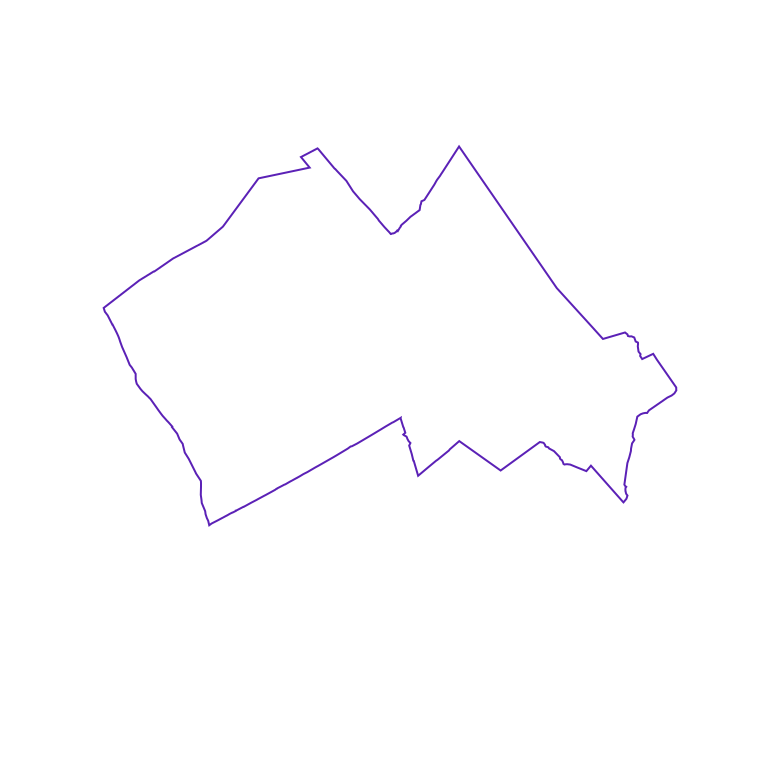 Santo Domingo Ingenio, Oaxaca, Mexico (Albers equal-area conic projection), rotated 44°
{"feature_id": "50627088B8466826145591", "entity_name": "Santo Domingo Ingenio", "entity_type": "district", "adm_level": 2, "iso_a3": "MEX", "parent_name": "Mexico", "parent_adm1": "Oaxaca", "projection": "albers", "projection_center": [-94.713, 16.571], "detail": "fine", "context": "isolated", "style": "outline", "palette": "violet", "viewbox_px": 768, "rotation_deg": 44, "n_neighbors": 0, "source": "geoboundaries", "source_scale": "gbopen_adm2", "svg_char_len": 3537}
<svg xmlns="http://www.w3.org/2000/svg" viewBox="0 0 768 768"><g transform="rotate(44 384 384)"><path d="M593.4,222.1L592.9,218.9L597.3,196.9L598.9,192.5L599.4,189.1L598.7,185.5L598.3,185.2L596.6,183.5L581.0,180.4L563.7,177.0L556.7,175.3L552.4,186.7L548.8,185.9L548.3,185.2L547.8,184.3L545.4,184.0L544.6,183.9L540.4,180.6L538.9,178.7L537.9,177.8L535.5,178.6L531.7,176.7L528.9,177.8L527.6,179.2L526.1,180.0L524.7,179.2L521.6,179.5L510.2,199.5L491.1,198.2L441.7,195.0L291.3,164.7L273.0,161.0L279.0,191.7L279.3,193.5L279.7,195.2L280.3,200.0L280.6,201.5L281.7,205.6L282.6,210.2L285.2,223.5L284.9,224.4L284.0,226.5L285.7,229.2L285.8,229.9L288.8,234.1L287.0,244.8L286.9,245.0L286.7,251.0L286.1,257.2L286.2,258.5L286.5,258.7L286.7,259.2L286.8,260.5L287.7,264.4L286.9,264.4L287.0,265.8L286.7,268.0L285.9,269.5L285.3,270.0L285.0,271.0L284.7,271.4L281.7,271.1L281.1,271.1L280.9,271.1L275.3,270.8L275.2,270.8L266.8,270.0L264.9,269.5L260.6,269.1L252.7,268.3L238.1,267.9L227.9,266.9L215.8,264.0L202.3,263.4L199.4,263.2L199.0,263.4L173.8,260.7L172.5,260.7L166.6,278.4L180.2,280.0L150.9,323.2L158.7,381.8L158.8,382.9L156.8,404.3L145.1,440.2L140.6,462.7L140.2,463.0L136.0,479.4L129.5,524.0L133.0,525.9L137.6,526.6L147.4,530.0L147.5,529.8L153.6,531.9L156.9,533.1L159.9,534.3L162.4,535.5L164.8,536.8L169.9,539.3L180.2,543.5L187.8,546.9L191.0,547.3L198.3,549.2L198.4,549.3L201.9,552.9L203.7,554.2L206.0,555.6L212.2,556.7L215.2,557.0L219.5,557.0L223.3,556.9L224.1,557.0L226.4,557.0L237.1,559.0L239.6,559.5L244.3,560.3L247.0,560.7L251.2,561.0L253.3,561.2L254.5,561.2L256.3,561.3L261.3,561.7L261.4,562.3L269.7,563.4L275.5,565.9L280.8,566.9L282.1,567.8L288.3,571.7L295.6,573.5L310.4,578.7L310.7,578.9L319.6,580.9L321.2,582.4L323.8,585.1L329.2,591.0L333.4,594.3L335.6,596.2L343.7,599.7L346.1,601.6L349.7,603.5L352.5,604.5L356.4,607.0L356.9,604.1L359.1,597.7L363.0,585.6L363.0,585.3L364.2,581.8L364.4,581.7L364.6,581.1L365.6,578.2L365.4,578.0L365.6,577.8L366.8,574.2L368.2,570.0L368.4,569.9L370.9,561.8L372.5,557.0L372.7,556.4L372.9,555.8L373.3,554.4L375.7,546.9L375.8,546.7L378.2,539.0L379.3,535.4L379.3,534.9L379.5,534.1L379.8,533.4L379.7,533.2L381.0,529.4L381.8,527.0L382.0,526.3L382.4,525.3L382.7,524.8L384.0,520.2L387.5,509.0L387.6,508.6L388.6,504.8L390.1,500.5L391.4,495.8L391.5,495.5L392.3,492.6L393.2,489.6L393.3,489.4L394.8,484.3L397.6,474.7L398.4,472.0L399.4,468.4L402.8,455.7L403.4,452.1L404.1,451.2L406.0,445.6L407.9,438.7L410.3,430.0L411.7,424.8L413.0,419.9L413.2,419.2L414.6,413.8L416.8,405.9L417.2,405.1L419.3,397.5L419.4,397.2L419.5,396.8L419.7,397.1L427.8,401.6L428.2,401.6L433.2,404.3L433.0,407.0L433.8,407.0L436.7,406.2L438.0,406.7L438.6,407.1L441.4,408.0L444.0,408.1L444.9,410.8L452.6,415.1L458.4,418.8L458.8,418.6L472.3,426.3L473.7,412.8L474.8,402.9L474.9,402.4L475.1,401.7L476.9,386.7L476.7,385.3L477.8,372.8L528.0,365.2L536.4,317.5L539.2,315.7L540.0,315.5L542.1,315.9L542.7,316.4L543.8,316.6L546.2,315.4L547.5,315.7L552.9,314.2L561.4,314.5L562.4,315.4L563.4,315.5L565.0,315.2L567.2,316.0L568.6,316.8L569.7,316.6L570.5,315.5L571.4,314.5L573.9,312.6L581.0,309.8L590.1,306.1L589.6,299.0L638.0,302.8L638.5,302.8L638.1,298.1L637.3,296.5L636.6,295.1L635.0,294.9L633.6,294.3L632.9,293.7L632.5,293.6L630.8,292.1L629.8,290.8L629.8,290.6L629.7,289.7L628.2,289.8L626.8,289.4L614.0,271.8L611.4,266.4L608.1,260.6L606.7,259.0L603.7,254.4L603.3,252.0L603.0,250.3L602.8,250.1L599.4,249.1L598.3,247.7L597.1,246.6L595.3,242.8L592.9,238.0L588.9,231.5L589.6,227.5L590.7,225.2L592.1,223.2L593.4,222.1Z" fill="none" stroke="#5b21b6" stroke-width="2"/></g></svg>